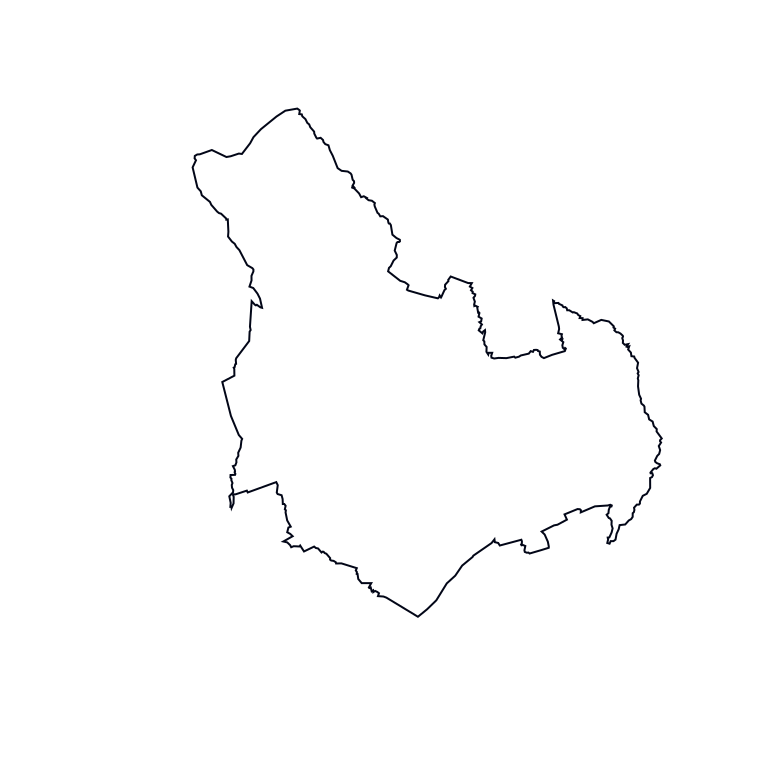 the district of Yecapixtla, Morelos, Mexico, rotated 302°
{"feature_id": "50627088B43090651805333", "entity_name": "Yecapixtla", "entity_type": "district", "adm_level": 2, "iso_a3": "MEX", "parent_name": "Mexico", "parent_adm1": "Morelos", "projection": "orthographic", "projection_center": [-98.86, 18.859], "detail": "fine", "context": "isolated", "style": "outline", "palette": "ink", "viewbox_px": 768, "rotation_deg": 302, "n_neighbors": 0, "source": "geoboundaries", "source_scale": "gbopen_adm2", "svg_char_len": 6166}
<svg xmlns="http://www.w3.org/2000/svg" viewBox="0 0 768 768"><g transform="rotate(302 384 384)"><path d="M491.2,114.0L481.2,106.1L479.7,104.0L477.2,102.7L475.0,103.8L474.1,106.0L466.3,106.9L451.7,121.7L450.3,126.5L447.5,129.5L446.2,139.9L444.4,142.6L441.8,151.1L441.5,153.5L442.1,155.6L440.7,162.5L439.8,163.2L440.8,164.3L430.6,171.4L426.4,173.6L424.2,179.5L423.8,183.1L422.0,186.3L420.9,190.4L412.3,205.0L412.5,211.0L411.9,212.6L410.2,213.6L405.5,214.3L401.6,216.8L395.3,218.3L396.1,222.3L393.6,228.8L390.7,233.6L384.0,240.2L383.5,238.5L383.8,234.2L382.8,233.7L382.8,232.4L384.1,227.9L361.5,240.0L359.1,242.3L357.2,242.3L349.0,246.9L327.5,245.0L325.9,245.5L322.7,247.9L321.9,247.4L319.1,248.4L318.2,247.9L317.5,249.0L311.8,252.7L300.0,245.8L275.8,271.1L263.8,287.9L262.3,292.8L260.4,293.1L254.1,296.1L248.4,296.8L245.9,298.6L241.7,298.7L239.3,300.4L236.3,301.0L234.3,299.4L232.2,302.9L230.9,304.0L230.1,304.0L229.0,305.6L228.0,305.8L225.5,302.1L223.3,303.3L222.8,304.9L221.6,305.4L219.7,308.0L217.7,308.4L215.5,310.1L214.1,312.4L212.1,313.4L206.8,312.3L201.9,317.0L198.4,318.8L199.1,319.9L198.8,319.9L198.2,320.4L203.0,319.7L208.7,316.3L209.7,315.0L210.7,315.0L211.8,316.6L220.9,324.2L219.8,325.9L243.7,344.6L241.9,347.5L235.1,350.6L234.3,352.1L235.4,356.1L232.7,359.0L228.6,361.8L229.4,363.0L228.6,365.1L225.2,366.3L224.9,367.7L222.9,368.6L217.0,374.2L213.6,380.5L211.6,379.0L207.0,380.5L207.2,383.9L206.5,387.2L197.1,382.1L198.4,385.9L197.6,389.8L196.4,391.8L198.6,393.4L201.4,398.4L202.6,398.5L199.6,404.9L209.1,410.9L208.8,413.1L209.6,415.2L208.0,420.3L209.3,420.8L209.7,421.7L209.2,423.2L209.5,425.1L207.8,430.6L206.5,431.3L206.3,432.7L207.3,435.0L207.3,437.6L206.4,438.5L209.3,442.9L213.4,458.5L210.9,458.9L210.2,460.6L208.5,461.5L208.9,462.2L205.0,465.5L203.3,470.6L208.4,478.7L203.4,479.0L203.2,479.7L204.4,480.6L201.7,483.4L203.2,484.1L201.8,485.2L203.8,486.1L204.1,488.5L203.9,490.6L200.9,491.3L203.5,496.2L204.1,499.3L204.6,536.1L215.7,539.9L228.3,543.0L248.2,542.9L259.2,546.0L271.4,546.5L284.3,550.8L285.7,550.7L306.1,559.5L310.8,560.0L308.6,561.8L309.7,565.1L308.4,567.8L324.7,583.0L323.7,584.3L321.8,585.4L320.5,585.3L320.1,586.1L321.1,587.2L321.5,589.7L317.4,591.2L316.2,592.4L316.6,594.5L317.6,595.9L317.4,597.3L326.6,605.5L332.4,610.5L333.6,609.8L337.1,606.5L341.5,600.0L342.4,595.9L354.2,603.1L356.6,605.7L365.9,611.0L369.1,606.2L380.5,614.4L381.6,616.5L381.3,617.9L379.4,618.9L392.0,627.7L399.6,638.2L401.5,639.9L401.7,641.5L400.7,641.8L399.4,640.7L396.4,641.3L393.4,642.8L391.1,642.1L389.5,645.6L389.8,646.9L388.6,649.6L385.2,651.5L382.7,654.4L378.7,655.7L373.3,656.4L372.3,655.1L370.8,656.5L367.5,657.6L368.1,659.9L370.9,659.5L372.4,661.9L374.7,662.8L380.3,660.6L385.2,660.0L389.2,658.6L392.7,663.0L398.0,663.9L400.4,665.2L403.1,665.3L406.2,663.4L407.7,663.8L409.9,663.1L411.6,661.6L415.7,662.3L416.8,664.1L418.2,664.4L420.0,663.3L426.3,662.7L430.1,665.0L436.9,664.8L445.3,659.5L447.1,660.6L449.2,660.4L450.5,658.8L449.6,657.4L450.1,656.9L454.7,657.5L456.1,658.4L456.5,659.9L461.4,661.4L462.1,660.5L461.5,657.5L461.7,655.4L462.6,654.3L467.8,653.8L470.5,654.4L474.3,653.2L477.0,649.9L481.2,650.0L481.7,648.5L482.6,647.9L485.0,648.4L488.2,640.3L490.3,639.2L491.3,635.1L494.5,631.7L494.5,627.6L497.8,624.3L498.2,620.1L502.8,616.9L503.4,615.8L503.8,612.7L506.1,610.3L507.7,609.8L510.1,606.1L516.6,600.7L521.9,597.7L523.2,596.3L526.4,595.3L527.4,593.5L529.1,593.5L531.5,590.2L536.7,588.2L538.9,582.7L539.9,581.6L538.7,579.1L541.5,576.7L542.6,572.8L545.8,572.0L544.4,570.9L544.2,569.9L547.2,569.9L544.8,567.4L545.4,564.8L547.6,563.6L549.2,561.7L550.8,561.6L551.5,560.9L552.1,557.8L552.0,555.3L551.1,553.7L551.4,551.8L551.6,550.9L553.4,550.7L553.5,548.7L554.7,548.3L556.2,541.6L553.5,534.3L546.7,529.7L547.2,527.9L546.8,522.6L543.5,518.4L545.1,517.5L543.6,515.0L545.6,514.5L545.4,512.3L546.2,510.5L545.5,506.9L544.7,506.2L544.7,502.0L543.6,500.3L545.0,498.9L545.3,496.9L544.4,495.9L544.4,494.6L545.2,493.7L544.7,489.8L545.2,489.0L542.6,485.3L542.8,484.7L544.4,484.4L544.4,483.1L541.1,485.7L525.4,501.8L523.4,503.4L519.3,504.8L520.5,508.5L518.9,509.0L517.8,510.3L515.9,509.9L516.6,511.5L515.6,511.7L514.9,510.8L514.5,513.9L511.4,514.7L509.5,516.4L509.2,518.2L510.5,518.4L510.4,519.4L507.7,519.9L497.8,511.1L490.7,505.9L490.5,503.2L491.5,500.7L494.1,498.9L493.6,497.1L494.2,496.3L493.6,494.9L492.3,493.1L490.2,493.3L489.6,491.0L486.5,490.7L480.7,484.9L478.7,484.0L475.9,481.4L476.2,479.9L470.8,474.1L466.9,467.4L464.0,463.9L463.3,461.2L464.7,460.0L467.8,459.2L465.9,456.2L464.2,456.8L465.6,453.8L469.8,451.4L470.8,448.2L473.3,446.5L473.7,445.0L481.5,442.4L483.2,441.1L481.0,440.3L479.1,440.6L479.7,435.9L481.5,435.6L482.2,436.2L484.2,435.4L486.4,435.5L487.0,432.1L488.6,433.2L491.3,432.1L491.2,428.5L494.8,427.3L495.0,426.6L494.3,426.8L494.2,426.2L498.2,422.6L499.1,422.6L498.8,419.8L498.0,419.3L499.2,418.3L502.0,417.4L504.5,414.2L507.0,414.5L508.4,413.9L508.0,410.9L509.3,410.3L509.6,408.1L512.2,408.1L512.1,405.2L516.1,405.0L514.2,401.9L510.5,383.6L506.3,383.3L505.4,384.1L500.6,383.2L498.5,384.3L497.5,386.0L495.7,385.5L488.1,386.5L487.6,386.5L488.6,384.3L486.7,384.7L485.2,384.3L480.9,371.8L476.1,355.0L476.1,353.5L480.8,352.5L481.1,351.1L481.3,347.7L480.1,343.1L481.7,327.8L485.1,326.7L487.4,327.3L493.8,326.7L498.0,327.8L500.2,326.5L502.8,322.4L510.2,320.0L511.5,320.2L512.6,321.7L513.5,321.9L514.7,321.0L514.4,317.2L515.1,312.0L522.4,305.6L523.2,303.9L522.7,303.2L523.0,302.4L525.5,300.1L525.8,294.2L524.2,292.0L525.6,289.3L525.7,287.8L529.6,282.2L531.0,280.8L532.6,280.4L533.0,276.6L531.7,273.5L532.1,270.5L532.7,270.7L532.5,267.4L530.3,265.6L532.4,261.9L534.1,255.2L533.7,252.9L535.0,252.5L535.3,253.4L535.7,252.2L538.7,252.1L540.1,251.1L540.6,249.2L544.3,245.5L544.9,244.1L545.0,240.7L542.3,235.1L542.5,230.3L550.4,219.6L553.6,214.2L557.0,210.4L556.3,207.1L557.2,204.4L558.6,203.0L559.2,199.8L556.7,197.2L557.0,196.1L559.4,192.2L561.0,191.0L562.7,185.4L564.5,183.0L564.8,180.6L567.0,177.0L567.7,172.9L569.1,171.4L568.0,169.1L571.3,167.7L571.5,166.7L571.6,164.5L563.5,155.5L553.9,151.1L534.9,144.6L524.2,142.5L517.2,142.9L503.8,141.6L502.5,138.8L495.9,133.3L493.0,130.1L491.2,114.0Z" fill="none" stroke="#020617" stroke-width="2"/></g></svg>